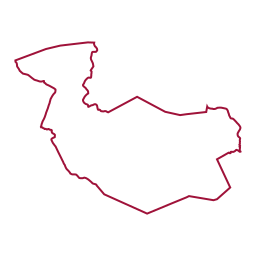 Pespire, Choluteca, Honduras
{"feature_id": "27666195B26352137717049", "entity_name": "Pespire", "entity_type": "district", "adm_level": 2, "iso_a3": "HND", "parent_name": "Honduras", "parent_adm1": "Choluteca", "projection": "albers", "projection_center": [-87.341, 13.59], "detail": "fine", "context": "isolated", "style": "outline", "palette": "rose", "viewbox_px": 256, "rotation_deg": 0, "n_neighbors": 0, "source": "geoboundaries", "source_scale": "gbopen_adm2", "svg_char_len": 5388}
<svg xmlns="http://www.w3.org/2000/svg" viewBox="0 0 256 256"><path d="M213.5,200.2L217.0,199.2L230.2,187.5L217.0,159.3L228.6,152.7L229.0,152.9L229.8,153.2L230.1,153.2L230.5,153.1L230.7,152.5L230.6,152.1L230.8,151.9L231.0,151.9L231.3,151.8L232.9,151.9L233.3,151.9L233.6,151.8L234.4,151.4L235.2,150.9L235.4,150.7L235.8,150.2L236.0,150.1L236.3,150.0L236.5,149.9L236.8,150.0L238.2,150.5L238.5,150.7L239.1,151.3L239.7,151.7L239.9,151.8L240.3,151.7L240.5,151.6L240.4,151.3L240.1,151.1L239.8,150.8L239.7,150.6L239.9,148.4L240.0,147.7L240.0,147.3L239.9,147.2L239.7,147.1L239.5,146.7L239.6,146.4L239.9,146.2L240.0,146.1L240.1,145.9L240.1,145.7L239.9,145.3L239.5,145.0L239.4,144.8L239.4,144.5L239.8,144.0L239.9,143.6L239.9,143.1L239.8,142.6L240.0,141.4L239.8,140.9L239.8,140.7L239.9,139.4L240.1,138.8L240.1,138.3L240.0,138.1L239.8,137.8L238.4,136.6L237.9,135.9L237.8,135.6L237.7,135.2L237.6,134.7L237.6,134.2L237.6,133.6L237.7,133.3L238.7,131.4L239.6,130.0L240.0,129.3L240.1,129.0L240.3,128.4L240.4,128.0L240.4,127.5L240.3,127.1L240.0,126.5L239.7,126.0L238.5,124.4L237.0,122.9L236.0,121.7L233.7,119.3L233.1,118.9L232.7,118.6L232.4,118.6L231.1,118.4L230.8,118.3L230.6,118.1L230.3,117.6L229.8,116.5L229.3,115.7L229.0,114.8L228.8,113.8L228.4,112.9L228.0,111.7L227.7,110.5L227.4,110.1L227.0,109.5L226.7,109.1L226.4,108.9L226.2,108.8L225.7,108.6L222.4,107.9L221.4,107.7L220.0,107.6L218.7,107.7L217.3,107.8L216.9,108.1L216.6,108.3L215.4,108.8L215.0,108.9L214.4,109.0L213.2,109.0L212.4,108.7L211.8,108.7L210.9,108.6L210.2,108.5L209.0,108.1L208.5,107.9L208.0,107.5L207.4,107.0L207.2,106.6L206.2,112.0L186.6,114.2L180.1,115.1L165.2,111.8L137.1,96.8L108.2,112.3L107.9,112.2L107.5,112.1L106.2,111.3L105.8,111.2L105.6,111.1L105.2,111.1L104.7,111.1L103.6,111.4L103.1,111.4L102.2,111.3L101.3,111.2L100.7,110.9L100.2,110.1L99.6,109.8L99.4,109.7L99.2,109.6L98.9,109.6L98.5,109.8L98.3,109.7L98.1,109.7L97.9,109.4L97.7,108.9L97.5,108.0L97.2,106.4L97.0,105.5L96.7,105.1L96.4,104.7L96.0,104.5L95.5,104.3L95.2,104.2L94.9,104.2L94.5,104.3L94.1,104.4L93.5,104.7L93.1,104.9L92.7,105.1L92.2,105.2L91.6,105.3L91.1,105.5L90.7,105.6L89.5,106.4L88.8,106.5L88.6,106.6L88.5,106.8L88.3,106.8L88.2,106.7L88.1,105.5L87.9,105.0L87.7,104.7L87.3,104.5L85.6,103.9L84.4,103.0L84.0,102.6L83.5,101.8L83.3,101.4L83.1,100.8L83.0,100.2L83.0,99.8L84.7,96.7L85.1,96.2L85.6,95.6L86.9,94.3L87.6,93.9L88.0,93.5L88.2,93.4L88.2,93.2L88.1,91.6L87.9,91.0L87.5,90.4L87.2,90.0L86.5,89.3L85.9,88.4L85.5,87.9L85.3,87.7L84.6,87.2L83.3,86.0L83.2,85.8L83.1,85.5L83.0,85.3L83.0,85.1L83.0,84.9L83.3,84.4L84.0,83.3L84.4,82.3L84.7,81.5L85.1,80.8L85.5,80.2L86.0,79.6L86.7,78.9L87.3,78.3L87.7,78.0L88.2,77.7L88.5,77.6L89.0,77.6L90.4,77.8L90.6,77.7L90.9,77.6L91.0,77.4L91.1,77.2L91.3,75.1L91.3,74.0L91.5,73.2L91.5,72.3L91.6,71.7L91.5,71.4L91.1,70.9L90.8,70.7L90.7,70.6L91.0,69.9L92.8,67.3L93.4,66.4L93.4,66.1L93.2,65.3L93.0,63.9L92.8,63.2L92.5,62.5L91.7,60.8L91.2,59.8L91.0,59.2L90.9,58.6L90.8,58.1L90.9,57.6L91.0,57.1L91.5,55.5L91.8,53.3L92.1,52.4L92.2,52.2L92.5,52.0L92.8,51.9L93.4,51.9L94.0,51.9L95.0,51.9L95.8,51.9L96.1,51.7L96.7,51.0L97.1,50.5L97.2,50.3L97.2,49.9L97.1,49.2L96.9,48.5L96.0,47.3L95.5,46.7L95.0,46.4L94.2,44.7L94.0,43.7L94.2,42.6L87.8,42.4L60.3,45.6L46.0,49.0L15.4,60.4L15.5,61.8L15.9,62.1L16.2,62.5L16.5,62.9L16.7,63.3L16.9,64.2L17.1,66.2L17.2,66.5L17.3,66.7L18.6,68.6L19.1,69.4L19.5,70.3L19.8,70.9L20.2,71.2L20.6,71.5L21.0,72.0L23.1,73.7L23.8,73.8L27.1,74.6L27.7,74.8L28.2,75.0L29.4,75.9L32.5,78.4L33.4,79.0L34.1,79.6L34.8,79.9L35.7,80.2L36.6,80.4L39.5,81.4L40.1,81.5L40.9,81.5L41.8,81.5L42.9,81.2L43.6,81.0L43.9,81.0L44.0,81.1L44.0,82.1L44.2,82.6L44.5,82.8L45.4,83.3L45.6,83.7L46.0,84.1L46.6,84.5L47.5,84.9L48.6,85.4L49.6,85.9L50.7,86.5L54.0,88.3L55.0,89.1L55.4,89.4L55.5,89.6L55.5,89.8L55.5,90.3L55.3,91.9L55.1,92.5L54.9,92.7L53.5,94.2L53.0,94.9L52.7,95.3L52.5,95.7L52.2,96.1L52.0,96.4L51.5,97.4L50.6,99.0L50.4,99.8L50.1,101.0L49.8,101.9L49.7,102.7L49.5,103.3L48.7,105.4L47.8,108.4L47.4,109.4L46.1,112.8L45.7,114.3L44.7,117.2L43.9,119.0L42.5,121.6L42.2,122.7L41.8,123.6L41.2,126.0L41.0,126.7L40.9,126.9L41.1,127.3L41.4,127.3L41.9,127.3L42.3,127.4L42.6,127.6L42.8,127.9L43.0,128.0L43.4,128.2L44.0,128.4L44.6,129.0L45.5,128.9L45.8,128.9L46.8,129.4L47.0,129.5L47.2,129.4L47.6,129.2L47.9,129.1L48.4,129.0L48.7,129.0L48.8,129.0L49.0,129.2L49.4,129.6L50.6,129.8L51.2,129.9L51.5,130.0L51.8,130.4L51.8,130.5L51.7,130.9L51.6,131.2L51.7,131.6L51.9,132.0L51.9,132.5L52.1,132.8L53.2,133.6L54.2,134.1L54.6,134.5L54.8,134.7L54.9,135.0L54.9,135.3L54.8,136.7L54.8,137.0L54.7,137.2L54.4,137.3L53.2,137.8L52.0,138.5L51.7,138.8L51.4,139.2L51.4,139.5L51.4,139.8L51.7,140.5L52.6,142.4L53.1,143.3L53.6,143.9L54.9,145.7L55.4,146.2L55.7,146.7L57.1,149.7L57.6,150.7L58.0,151.6L58.5,152.6L61.3,158.2L62.2,160.1L63.1,161.8L63.5,162.9L64.0,163.9L64.8,165.0L65.3,166.5L65.7,167.3L66.0,168.0L66.7,169.1L68.5,170.9L69.9,172.6L70.1,172.9L70.2,173.3L70.3,173.5L71.7,174.2L72.0,174.3L72.6,174.4L74.8,174.4L75.6,174.5L76.1,174.6L76.4,174.8L76.7,175.1L77.5,175.9L79.0,177.7L79.2,177.9L79.4,178.0L79.9,178.1L80.6,178.2L81.8,178.2L82.6,178.2L83.0,178.1L83.8,177.8L84.3,177.7L84.6,177.7L85.3,177.9L86.2,178.2L86.9,178.6L87.9,179.2L89.3,180.3L91.6,182.3L92.3,183.1L92.7,183.4L93.1,183.6L95.7,184.3L96.0,184.5L96.3,184.7L96.5,185.0L96.6,185.4L104.2,194.3L124.2,203.3L147.1,213.6L171.7,203.4L186.6,197.3L189.0,196.1L213.5,200.2Z" fill="none" stroke="#9f1239" stroke-width="2"/></svg>